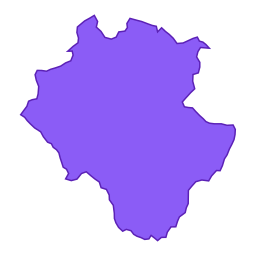 São Lourenço da Serra, São Paulo, Brazil (Robinson projection)
{"feature_id": "56859067B37317511483165", "entity_name": "São Lourenço da Serra", "entity_type": "district", "adm_level": 2, "iso_a3": "BRA", "parent_name": "Brazil", "parent_adm1": "São Paulo", "projection": "robinson", "projection_center": [-46.936, -23.856], "detail": "fine", "context": "isolated", "style": "filled", "palette": "violet", "viewbox_px": 256, "rotation_deg": 0, "n_neighbors": 0, "source": "geoboundaries", "source_scale": "gbopen_adm2", "svg_char_len": 1879}
<svg xmlns="http://www.w3.org/2000/svg" viewBox="0 0 256 256"><path d="M67.8,51.2L72.2,51.1L73.1,55.1L70.8,60.8L65.6,62.9L60.7,66.1L55.4,67.9L50.6,69.3L46.5,71.2L41.6,70.5L37.2,70.4L35.1,74.7L36.3,80.2L38.7,86.4L38.1,94.0L36.8,98.8L32.2,99.7L28.6,101.2L26.9,106.3L23.4,111.0L20.7,114.7L24.7,117.3L27.2,120.6L30.3,123.8L34.6,127.9L40.7,131.8L43.4,136.8L47.6,142.2L51.4,143.7L53.2,147.3L56.5,149.7L58.9,152.9L60.2,158.0L61.9,163.1L63.2,167.2L66.5,169.2L68.6,173.5L65.6,178.9L71.3,180.6L77.0,179.1L81.5,173.5L86.3,171.8L91.1,175.9L94.8,178.9L99.3,182.0L101.1,187.7L106.4,189.4L109.2,195.0L109.4,199.8L113.3,205.3L114.3,213.2L114.4,218.5L115.9,222.8L118.6,227.4L122.7,231.2L126.3,229.4L131.0,230.7L133.7,234.3L136.9,236.2L141.0,237.6L144.7,239.4L148.9,238.9L151.1,235.4L154.5,238.0L157.6,240.6L161.4,237.4L165.9,237.3L167.3,232.2L171.0,226.9L175.8,226.8L177.5,221.3L179.4,216.9L185.2,212.6L186.3,207.8L188.2,203.7L188.3,196.3L188.4,190.3L191.7,186.3L195.8,181.7L201.8,180.0L208.7,180.9L211.6,175.9L216.5,170.5L220.1,170.7L222.4,165.7L224.4,159.0L227.1,154.8L229.4,149.0L231.9,144.2L234.0,139.6L235.0,134.7L235.3,129.4L233.1,125.0L227.0,125.3L221.3,123.8L214.3,123.8L209.5,123.2L205.9,121.6L203.3,118.8L199.6,115.5L195.6,111.4L192.5,107.9L188.2,107.5L184.4,106.8L182.3,102.0L185.7,98.1L190.6,92.7L194.7,88.8L192.7,81.2L193.0,74.5L198.3,72.9L199.8,67.1L199.8,62.3L196.6,56.9L197.9,51.7L200.5,47.5L209.3,48.2L205.9,44.5L202.9,42.1L199.4,41.1L197.3,37.1L193.1,38.4L189.6,40.0L183.1,43.0L177.0,43.5L173.2,38.2L169.1,34.3L165.5,31.5L161.6,27.8L157.6,31.9L156.3,26.3L152.1,25.4L147.7,23.8L141.6,21.5L137.3,20.4L130.0,18.4L126.9,23.5L127.4,27.6L124.9,31.1L118.8,31.9L116.2,37.1L111.3,39.1L104.9,37.4L101.0,31.4L96.3,27.1L97.6,21.5L94.3,15.4L89.8,18.1L84.7,20.9L81.2,23.8L77.4,27.0L76.9,32.5L78.5,38.0L78.0,42.8L73.1,46.4L67.8,51.2Z" fill="#8b5cf6" stroke="#5b21b6" stroke-width="1.5"/></svg>